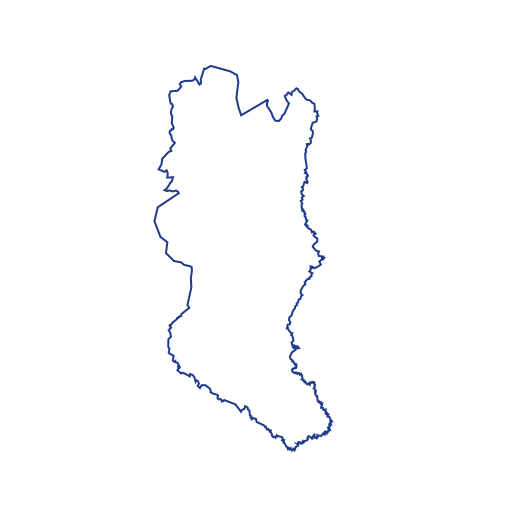 Asante Akim South, Ashanti, Ghana (Robinson projection), rotated 332°
{"feature_id": "2480657B39079904074923", "entity_name": "Asante Akim South", "entity_type": "district", "adm_level": 2, "iso_a3": "GHA", "parent_name": "Ghana", "parent_adm1": "Ashanti", "projection": "robinson", "projection_center": [-1.081, 6.462], "detail": "fine", "context": "isolated", "style": "outline", "palette": "blue", "viewbox_px": 512, "rotation_deg": 332, "n_neighbors": 0, "source": "geoboundaries", "source_scale": "gbopen_adm2", "svg_char_len": 6139}
<svg xmlns="http://www.w3.org/2000/svg" viewBox="0 0 512 512"><g transform="rotate(332 256 256)"><path d="M339.3,123.5L309.0,124.8L310.2,117.1L313.0,107.0L322.0,94.3L324.1,87.4L319.9,80.8L305.9,67.5L304.7,66.9L299.3,67.2L298.2,66.2L290.3,74.0L288.2,77.9L286.6,78.1L286.1,69.6L284.4,71.3L281.9,71.3L275.4,68.1L271.4,67.4L269.4,68.4L269.5,71.3L264.4,73.3L257.9,70.5L254.8,73.3L252.2,81.3L253.2,82.2L253.0,84.9L250.3,86.7L247.9,89.8L247.4,93.9L243.9,99.4L243.7,103.8L242.4,105.2L241.0,104.4L239.9,105.4L238.8,105.0L237.4,106.9L237.7,110.4L236.8,112.2L236.5,115.2L237.5,118.0L231.0,120.6L230.5,123.5L227.8,123.1L218.9,126.0L215.6,130.7L210.7,133.8L214.7,138.8L217.3,138.4L216.9,141.7L214.4,145.1L219.7,147.5L216.4,150.9L215.2,150.9L208.9,154.6L206.2,155.0L208.1,157.0L210.4,157.5L212.6,159.8L216.1,160.7L217.2,162.3L217.3,164.3L192.3,166.8L182.7,177.5L180.6,194.2L184.2,202.2L177.9,211.1L181.2,221.9L186.7,226.3L188.5,230.2L192.9,234.0L193.9,235.5L193.0,238.1L187.8,245.5L184.3,253.2L172.5,267.1L172.7,270.5L163.0,272.2L161.7,273.9L159.5,273.4L158.7,274.2L157.5,273.6L156.5,274.6L151.0,275.6L148.5,277.0L147.7,276.5L146.9,277.1L147.4,279.4L144.1,280.5L144.3,283.5L143.0,287.4L139.6,288.3L135.9,295.0L136.0,297.3L133.7,300.1L133.8,301.5L136.4,305.4L133.5,309.2L134.2,311.1L135.5,310.9L135.0,312.0L136.5,313.4L136.6,317.3L136.4,318.7L135.6,318.9L135.1,317.7L134.6,319.0L133.0,319.9L134.8,324.5L135.9,324.4L137.8,326.1L141.0,331.2L142.3,329.3L144.2,331.3L144.7,334.1L143.7,338.6L144.8,337.7L146.1,339.1L145.7,341.9L143.6,343.2L144.5,346.3L147.3,344.6L150.6,346.2L153.0,351.4L152.8,353.8L152.0,354.8L152.7,356.5L156.6,360.3L156.9,361.8L155.6,362.7L155.2,364.0L156.1,365.4L157.5,365.4L158.0,366.9L157.5,368.4L159.2,368.8L160.3,368.2L168.2,377.4L169.6,386.4L171.1,385.3L173.9,385.5L175.8,383.5L176.7,384.2L177.4,386.2L176.8,387.8L177.6,389.4L175.8,393.8L176.6,395.1L175.4,396.1L176.6,397.0L175.7,398.1L177.6,398.1L179.4,399.6L178.7,402.9L183.5,409.2L183.8,411.2L184.5,411.2L184.2,414.3L185.6,414.5L185.4,415.6L187.1,416.9L185.7,417.6L186.4,418.4L186.3,421.6L185.7,422.0L186.3,424.3L187.7,424.3L188.0,425.6L190.2,424.0L190.4,424.9L189.5,425.1L192.0,426.1L194.1,428.6L193.8,430.0L192.4,430.8L192.9,432.1L194.1,432.0L192.7,433.8L193.4,434.9L193.2,438.3L194.1,439.6L193.6,441.3L194.8,440.9L194.7,442.3L195.9,442.1L195.4,442.8L196.6,443.3L196.4,444.6L197.9,444.2L198.4,445.2L198.8,444.2L199.3,445.2L201.4,443.3L203.7,443.3L204.8,442.5L204.1,441.1L205.2,441.8L206.0,440.3L207.6,442.0L207.9,443.7L208.1,442.4L208.5,443.1L210.5,441.5L210.7,443.0L212.0,442.2L214.7,442.7L216.0,441.9L215.9,440.7L217.7,439.7L218.6,440.4L219.7,443.7L220.2,443.8L220.5,442.5L221.9,442.6L221.9,441.8L223.5,441.2L222.9,444.3L224.3,444.4L224.3,445.4L226.5,444.3L226.3,443.2L228.9,445.5L231.0,444.6L232.7,445.8L232.7,444.5L233.3,444.9L233.8,444.1L234.0,444.9L234.9,444.0L235.4,445.7L236.0,444.9L236.6,445.3L237.6,443.5L237.4,444.7L238.7,444.5L238.9,442.4L239.7,443.6L240.0,441.3L240.9,441.5L241.8,440.4L241.3,439.7L241.8,438.7L242.8,438.6L243.3,439.5L243.6,438.0L245.5,437.9L245.2,436.8L244.6,437.2L244.1,436.4L245.2,435.1L245.1,432.5L243.9,431.5L244.5,431.3L244.3,430.1L245.4,429.7L243.9,428.5L244.9,427.9L244.8,426.9L243.9,426.8L245.4,424.1L243.8,423.9L243.1,422.9L243.7,421.5L242.2,420.5L244.2,418.7L244.0,418.1L244.9,417.6L244.2,417.0L244.9,416.8L244.1,416.2L244.5,415.5L243.4,415.1L243.6,414.2L242.6,414.2L242.4,412.7L244.2,408.6L243.6,408.3L243.5,405.5L244.6,404.5L244.3,403.6L245.6,403.2L244.8,400.1L246.0,399.9L246.2,398.6L247.3,398.2L247.7,397.1L247.0,395.4L248.1,394.9L246.4,393.4L245.2,393.9L244.3,393.1L243.7,394.0L243.7,393.3L242.6,393.2L242.3,394.2L240.7,393.0L240.5,390.3L239.7,390.2L240.2,388.7L239.4,388.6L238.5,386.5L239.4,386.6L240.5,382.9L241.4,382.3L240.4,382.5L240.4,381.0L238.9,381.3L239.1,379.6L237.7,378.8L237.2,379.4L236.1,378.3L236.3,377.4L234.9,377.4L233.9,375.0L234.5,373.2L235.6,373.2L234.9,372.7L238.2,373.5L238.1,372.8L239.6,372.9L240.8,370.9L240.5,370.0L239.5,370.2L239.4,366.8L238.5,366.2L239.3,365.4L238.1,363.1L238.7,360.8L242.3,358.0L247.0,357.4L247.6,356.3L250.7,357.5L250.3,355.1L248.5,354.5L248.0,353.3L247.4,354.7L246.1,355.0L245.8,353.6L246.8,349.0L249.4,348.3L250.6,343.9L250.0,342.3L251.8,341.2L250.8,340.3L249.9,335.6L250.4,334.6L249.4,334.3L251.7,331.5L253.6,332.2L255.2,330.8L255.0,328.0L256.7,325.9L259.4,325.2L262.7,321.9L266.0,320.3L267.0,318.8L269.2,318.5L269.6,317.0L271.4,316.7L273.4,314.4L275.1,314.7L277.2,312.4L278.6,312.3L278.0,309.7L279.4,307.4L283.7,304.6L286.3,304.2L286.7,302.0L290.6,300.6L292.5,301.3L293.0,300.0L295.4,300.0L296.4,298.1L297.7,297.7L295.9,294.7L297.8,293.8L298.5,292.4L299.4,292.8L299.3,290.9L300.4,291.4L302.1,294.3L306.9,294.4L309.3,293.9L309.3,290.6L312.6,290.0L313.1,289.1L313.5,290.4L315.4,289.6L314.6,288.8L315.2,288.1L311.5,285.5L312.1,282.8L313.7,281.6L311.5,279.5L310.5,274.3L312.4,273.0L316.9,272.0L318.3,269.5L316.4,265.2L317.2,263.8L319.0,264.3L318.7,262.1L317.7,261.2L316.5,261.2L317.0,258.8L314.9,255.4L315.8,253.3L315.2,252.5L314.5,253.0L314.1,251.2L318.1,248.7L317.2,247.6L318.1,244.5L317.6,243.8L318.5,242.0L319.2,242.1L319.0,240.5L319.7,239.9L318.1,237.7L318.7,236.5L319.3,236.8L318.9,235.3L320.1,232.5L321.5,231.3L321.5,228.3L323.6,228.1L323.9,225.8L326.3,225.5L325.4,223.2L326.1,220.2L328.0,220.1L329.0,219.1L328.8,216.7L330.1,216.8L333.7,213.3L335.5,215.6L336.3,214.9L336.6,211.6L337.4,210.2L338.0,210.6L339.7,209.2L339.1,207.7L339.6,206.4L338.4,205.7L339.7,204.7L339.3,203.1L342.1,202.4L345.5,192.9L347.5,188.7L349.1,187.6L349.5,185.6L352.9,183.2L353.4,181.1L354.7,181.4L355.1,182.4L357.4,181.9L358.8,179.7L358.9,177.5L360.9,177.7L363.9,174.4L364.8,171.9L364.1,171.0L364.2,169.2L368.6,165.0L372.5,165.6L374.6,163.3L375.1,161.1L376.7,161.6L377.1,158.4L378.1,157.1L375.5,155.8L377.5,152.9L379.0,148.9L377.5,147.0L376.9,144.1L374.6,142.3L373.5,140.3L372.9,134.2L371.3,131.2L371.4,128.5L370.4,126.9L367.4,128.0L364.6,128.0L363.1,130.3L361.2,126.7L358.6,128.1L356.5,128.2L356.1,132.7L356.7,136.9L347.7,143.8L344.8,144.5L343.2,146.2L339.8,147.6L336.6,145.7L336.2,140.9L336.9,136.3L336.2,128.6L337.4,126.1L339.3,124.8L339.3,123.5Z" fill="none" stroke="#1e3a8a" stroke-width="2"/></g></svg>